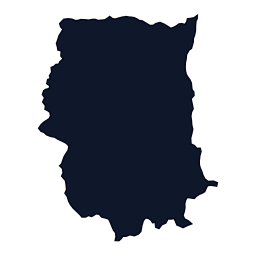 outline of São Tomé das Letras, Minas Gerais, Brazil
{"feature_id": "56859067B94520469666233", "entity_name": "São Tomé das Letras", "entity_type": "district", "adm_level": 2, "iso_a3": "BRA", "parent_name": "Brazil", "parent_adm1": "Minas Gerais", "projection": "natural_earth1", "projection_center": [-44.96, -21.74], "detail": "fine", "context": "isolated", "style": "filled", "palette": "ink", "viewbox_px": 256, "rotation_deg": 0, "n_neighbors": 0, "source": "geoboundaries", "source_scale": "gbopen_adm2", "svg_char_len": 2649}
<svg xmlns="http://www.w3.org/2000/svg" viewBox="0 0 256 256"><path d="M191.7,223.8L188.2,220.8L184.5,218.9L183.0,215.4L184.3,211.3L184.9,207.7L184.7,203.6L185.6,200.0L187.2,197.4L190.9,197.9L194.2,198.4L196.4,196.2L199.3,194.3L202.2,193.1L204.7,191.6L206.2,188.2L207.5,185.6L210.8,185.2L213.2,185.5L216.6,186.1L217.3,182.7L213.4,181.2L208.1,181.5L204.8,178.9L203.1,175.7L201.7,171.5L200.1,167.7L199.3,164.8L199.2,161.1L199.8,155.9L201.0,151.3L200.1,148.2L197.0,148.5L194.4,145.6L191.0,144.0L190.6,138.1L191.8,133.6L192.7,129.3L191.7,124.9L191.4,120.6L190.8,116.3L191.4,112.2L193.1,108.8L192.1,103.7L191.0,98.7L194.0,95.5L193.7,91.8L192.0,89.7L191.6,86.7L191.3,83.1L190.0,80.1L187.9,77.2L186.2,74.4L185.4,70.8L185.1,67.7L185.3,62.9L186.1,58.8L186.5,54.5L189.1,50.0L191.4,48.4L192.3,45.3L193.2,41.9L193.3,38.5L194.5,35.2L195.4,31.0L195.5,25.9L195.9,21.3L197.2,18.4L197.3,15.4L194.1,17.8L190.3,18.5L187.5,18.8L186.8,21.8L185.0,24.5L181.8,23.7L178.9,24.0L176.9,25.6L174.1,27.2L170.8,28.4L167.4,26.2L164.3,24.3L160.0,22.5L155.9,23.6L153.3,25.4L149.9,25.5L146.0,23.2L142.4,21.0L139.3,20.5L136.9,19.0L134.2,17.7L131.7,17.3L129.2,17.1L126.3,16.6L122.2,17.2L118.3,18.2L115.5,19.1L112.5,18.7L109.7,16.5L107.3,18.4L104.7,19.9L101.5,20.2L98.2,20.5L95.1,19.4L92.1,19.5L88.7,20.2L85.0,19.8L80.8,19.6L78.2,20.4L75.5,20.7L71.9,19.2L67.9,18.8L63.8,19.3L59.7,23.6L60.7,26.8L62.9,29.4L60.8,33.0L59.1,35.6L58.0,39.2L56.5,43.5L57.5,47.0L57.9,50.0L61.3,50.8L60.9,56.0L63.2,58.8L60.0,61.6L58.6,64.3L55.9,64.5L53.9,66.4L51.2,67.5L51.7,72.2L49.5,75.7L50.2,78.8L47.7,79.5L46.8,83.7L49.9,85.8L49.1,88.6L46.0,89.3L43.7,90.7L42.5,94.6L44.7,97.7L42.7,102.0L45.5,105.7L45.0,109.3L47.4,110.4L49.9,112.2L50.6,115.8L49.2,118.7L46.3,120.6L44.1,122.0L41.2,124.6L38.7,128.3L41.1,131.3L44.1,132.4L46.5,134.7L50.5,136.3L54.7,137.1L57.5,138.9L60.6,140.4L64.0,142.0L66.5,143.4L68.9,146.0L68.2,150.3L65.9,153.8L64.1,156.8L62.7,160.8L61.6,164.0L59.7,165.8L62.6,168.6L63.1,172.9L61.7,176.1L63.4,178.2L65.4,180.3L66.1,184.5L66.6,189.6L65.0,193.2L67.3,196.5L68.7,201.2L70.6,204.7L73.4,208.3L76.9,211.6L79.7,214.3L82.0,217.0L85.5,217.0L88.5,215.4L91.5,216.5L93.8,215.3L95.9,213.8L99.3,214.2L101.6,217.0L105.2,217.9L108.7,219.0L110.4,222.5L111.9,226.3L113.6,230.2L115.7,232.9L116.0,237.0L115.2,240.5L119.0,240.6L121.1,238.6L122.8,236.3L126.2,236.2L129.9,234.7L134.4,235.7L138.4,234.0L140.8,231.5L141.8,225.8L143.3,220.6L145.5,217.9L148.5,218.4L151.0,220.1L152.6,222.7L155.3,222.3L155.7,227.2L159.0,228.5L161.9,224.7L165.8,223.0L168.0,218.9L171.3,219.0L174.1,218.4L175.7,221.9L176.9,224.9L179.6,226.0L183.0,227.6L187.3,225.5L191.7,223.8Z" fill="#0f172a" stroke="#020617" stroke-width="1.5"/></svg>